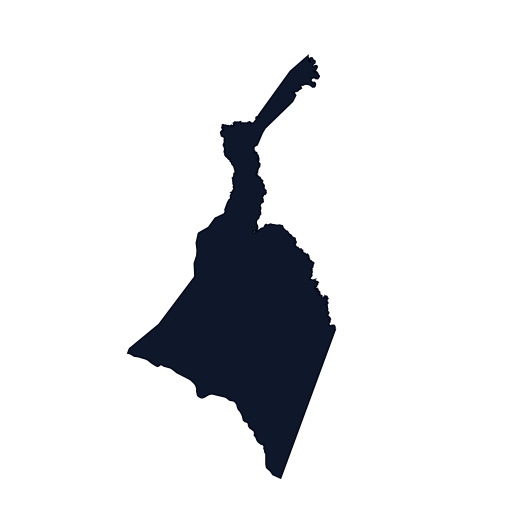 outline of Peixoto de Azevedo, Mato Grosso, Brazil, rotated 106°
{"feature_id": "56859067B15888729029832", "entity_name": "Peixoto de Azevedo", "entity_type": "district", "adm_level": 2, "iso_a3": "BRA", "parent_name": "Brazil", "parent_adm1": "Mato Grosso", "projection": "mercator", "projection_center": [-54.046, -10.194], "detail": "fine", "context": "isolated", "style": "filled", "palette": "ink", "viewbox_px": 512, "rotation_deg": 106, "n_neighbors": 0, "source": "geoboundaries", "source_scale": "gbopen_adm2", "svg_char_len": 6111}
<svg xmlns="http://www.w3.org/2000/svg" viewBox="0 0 512 512"><g transform="rotate(106 256 256)"><path d="M304.6,159.5L304.6,160.7L304.1,160.3L302.5,160.4L301.1,161.8L301.5,163.3L301.9,162.8L302.4,164.0L302.7,165.9L301.9,166.9L300.8,167.5L298.9,166.8L298.3,167.0L298.0,167.7L297.4,167.9L297.4,167.2L296.5,167.6L296.1,167.1L294.6,168.5L294.7,169.2L293.6,170.6L292.9,170.8L290.3,170.5L289.2,172.2L288.1,172.8L287.6,172.4L284.5,173.8L284.6,174.3L284.0,174.4L283.8,175.3L283.1,174.3L281.9,174.6L281.7,174.0L280.9,174.2L281.1,174.8L280.4,175.8L280.0,175.3L278.2,175.9L277.7,175.5L277.2,175.8L277.0,175.3L276.1,176.3L275.5,176.5L275.3,176.9L275.9,177.1L275.3,178.6L277.6,178.4L277.6,179.0L277.0,179.4L278.5,179.9L278.2,180.4L278.4,181.0L276.8,181.7L276.3,181.5L276.0,182.1L275.7,184.1L276.1,184.6L275.8,185.2L274.7,184.3L273.2,184.9L272.7,185.2L273.2,186.6L272.1,186.7L270.8,187.5L270.4,188.2L271.6,188.4L271.8,189.5L271.4,190.1L271.2,189.5L270.6,189.5L269.8,191.2L268.5,189.5L267.4,189.7L266.4,189.0L265.3,189.5L264.2,188.9L263.7,190.2L264.3,191.3L263.6,191.6L263.5,192.5L263.0,193.2L262.6,193.0L263.6,194.5L263.5,197.6L261.9,197.9L259.4,196.9L257.0,198.0L255.9,197.5L254.8,198.4L253.6,198.5L253.7,199.1L252.7,199.8L251.6,198.6L250.2,198.5L248.2,198.9L247.5,198.5L246.5,198.8L246.1,200.9L245.4,201.9L245.8,202.8L244.6,203.6L244.6,204.1L244.1,203.9L243.6,205.1L243.0,204.7L241.4,205.4L240.1,207.0L240.7,207.5L240.7,208.3L240.2,209.1L240.4,209.7L240.0,209.9L240.1,211.3L239.7,211.5L239.6,212.4L238.6,212.5L238.3,213.0L237.7,212.8L237.5,214.5L236.9,214.6L237.5,216.4L236.2,218.1L236.4,219.6L235.1,220.9L235.0,221.5L234.1,222.1L233.8,221.6L232.3,221.2L231.2,221.4L230.4,222.5L228.4,223.2L228.0,223.9L228.4,225.3L227.8,225.8L227.5,227.0L226.8,227.5L227.3,227.9L226.2,228.5L225.9,230.1L223.6,232.7L223.8,233.8L222.3,236.7L221.1,238.1L219.7,238.9L219.8,242.1L220.6,243.5L221.4,249.6L221.2,250.7L223.3,253.4L222.8,254.8L223.5,255.6L226.2,256.1L227.3,256.7L227.5,257.8L228.3,258.8L229.5,259.5L234.5,264.0L235.1,264.9L233.7,265.8L232.7,265.1L231.6,262.7L229.1,262.1L226.8,262.8L224.6,264.8L222.1,265.3L219.6,264.8L219.5,264.2L219.0,263.9L215.8,264.0L214.8,263.1L212.6,263.7L212.0,264.5L209.5,264.5L207.8,265.0L207.8,265.6L207.4,265.9L205.7,266.1L203.6,265.7L203.0,265.4L202.9,264.6L201.6,264.0L200.2,264.9L199.4,264.9L198.9,265.6L197.6,266.2L196.3,265.7L195.0,265.7L194.2,264.9L194.3,264.4L193.2,263.8L192.7,264.1L192.1,263.8L191.0,264.5L190.5,264.4L188.8,267.2L187.4,267.2L186.4,267.8L185.9,267.6L183.9,270.3L181.9,270.3L180.8,272.8L180.3,272.9L179.2,274.1L179.4,275.5L178.6,275.9L178.5,277.6L177.9,278.0L177.4,277.5L176.4,278.7L175.8,278.7L175.5,277.7L175.0,278.3L174.4,277.8L173.0,278.4L172.6,277.9L171.5,278.4L171.1,277.9L170.3,278.0L169.2,277.2L166.4,277.7L166.5,278.2L166.0,278.4L166.2,278.8L165.9,279.3L165.4,279.2L163.9,280.4L163.2,279.9L163.0,281.2L162.3,281.0L162.2,280.1L161.5,280.2L161.8,280.7L159.5,281.3L158.7,281.9L158.0,282.9L158.0,283.9L157.5,283.6L156.4,283.9L156.7,284.6L157.3,284.3L156.8,285.1L157.0,285.9L156.5,285.6L156.0,286.2L155.6,286.0L155.1,287.2L152.3,287.9L152.1,288.5L151.5,288.2L148.8,285.5L135.9,283.9L130.6,282.5L97.3,263.4L90.6,262.1L89.1,263.9L89.4,264.5L88.9,265.7L88.1,265.1L85.9,261.5L85.2,260.9L83.9,260.7L83.8,260.1L82.2,258.6L80.0,260.3L79.2,260.0L78.9,258.1L77.2,256.1L76.6,253.4L76.8,250.9L78.0,248.1L77.3,246.4L76.6,246.1L74.7,246.1L73.9,246.5L73.2,247.2L73.0,248.0L73.8,248.7L72.8,251.4L70.2,251.8L68.3,249.2L68.3,248.5L69.0,247.8L68.5,245.5L66.1,244.7L65.3,245.0L64.7,246.2L63.4,247.0L62.3,248.6L63.3,251.1L62.7,251.4L62.2,251.7L61.8,251.4L61.7,250.1L57.4,249.2L56.4,250.0L56.4,250.7L56.9,251.8L58.4,252.2L58.3,253.9L55.9,253.9L54.1,252.6L52.3,253.0L51.9,254.9L50.2,256.5L50.3,257.6L50.6,258.1L54.9,257.6L55.0,258.3L52.1,259.0L50.3,261.0L49.3,261.2L68.9,273.9L119.9,292.3L121.6,291.4L121.9,292.0L121.5,293.1L122.6,294.1L123.4,294.1L124.3,293.2L129.1,295.1L129.5,295.7L129.3,296.4L129.9,296.5L130.4,297.5L129.3,298.0L128.7,299.0L129.8,300.6L130.9,301.0L131.0,303.0L131.9,304.1L131.6,304.7L131.7,305.4L132.4,306.8L132.3,307.4L131.1,307.8L132.3,309.8L133.0,313.1L133.6,312.6L134.1,312.7L134.3,314.3L135.0,314.2L135.6,313.4L136.2,313.4L136.6,313.0L137.3,313.8L137.1,315.4L138.0,315.5L137.5,316.1L138.5,317.2L138.6,317.8L138.2,318.4L138.5,319.1L139.2,319.2L138.9,320.7L138.5,321.1L139.1,322.6L138.8,323.9L139.4,324.5L140.4,324.2L140.8,323.5L141.9,324.3L142.4,323.9L141.9,323.1L142.2,322.6L143.2,323.0L143.9,322.9L144.2,322.2L144.9,323.3L145.5,323.5L145.9,323.2L146.5,324.1L147.4,323.9L150.1,322.2L150.6,319.3L152.0,318.5L152.9,318.6L155.3,317.7L157.9,318.0L158.1,317.2L158.6,317.8L161.1,315.7L161.7,315.7L161.9,315.3L162.9,315.5L163.3,315.1L164.2,315.4L165.0,315.0L164.9,314.5L167.3,313.8L168.3,312.8L169.3,310.4L169.9,309.9L170.5,308.5L169.9,307.9L172.1,306.8L172.5,305.6L174.3,304.4L175.9,302.0L180.0,299.5L181.8,299.0L182.5,299.7L183.3,299.9L184.1,299.4L186.4,299.4L187.6,300.2L188.0,299.6L191.4,298.5L191.7,297.9L192.9,298.0L194.6,296.3L195.2,296.3L195.7,296.9L197.3,295.7L200.9,296.5L201.7,297.3L201.7,296.7L202.2,296.6L204.7,297.2L206.1,296.9L207.8,295.9L209.1,297.2L212.1,298.0L220.0,298.6L222.0,297.7L224.3,298.1L230.8,305.6L241.6,309.5L249.6,317.3L250.3,317.6L259.9,317.0L266.5,314.2L271.9,313.0L280.1,313.3L291.9,309.3L293.0,309.2L348.6,330.5L380.0,352.1L384.7,352.5L384.6,349.9L385.8,345.4L385.2,341.3L385.3,333.5L385.8,331.0L387.8,326.3L389.3,320.6L388.9,319.6L386.8,318.0L386.4,316.8L387.2,314.1L387.1,307.7L387.4,306.0L390.0,299.6L392.8,285.2L394.9,281.0L396.6,278.5L399.5,276.4L402.7,275.5L405.8,273.8L406.7,272.7L407.3,270.5L407.3,269.1L406.3,267.2L401.7,262.8L400.6,260.1L400.0,247.0L400.3,245.1L401.8,241.6L401.4,237.2L402.0,235.8L403.9,233.4L406.7,231.9L408.4,230.5L409.9,228.1L413.4,224.9L417.1,222.9L418.1,221.2L418.2,218.2L419.2,217.1L421.2,216.3L422.8,214.8L424.7,209.6L426.5,208.5L428.9,208.1L430.2,206.1L433.1,203.9L434.2,202.4L435.3,199.6L435.4,197.2L435.9,196.3L437.2,195.5L438.9,195.3L440.4,193.9L441.8,193.6L443.6,191.8L453.1,189.1L456.5,187.5L458.7,182.9L461.5,179.4L462.7,171.1L304.6,159.5Z" fill="#0f172a" stroke="#020617" stroke-width="1.5"/></g></svg>